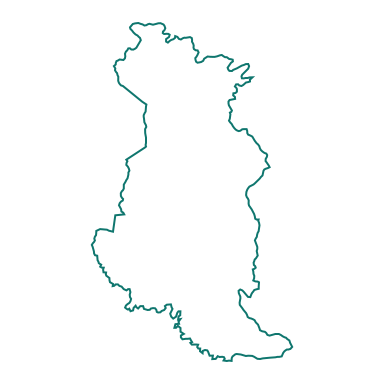 Itarantim, Bahia, Brazil (Mercator projection)
{"feature_id": "56859067B61683071099200", "entity_name": "Itarantim", "entity_type": "district", "adm_level": 2, "iso_a3": "BRA", "parent_name": "Brazil", "parent_adm1": "Bahia", "projection": "mercator", "projection_center": [-40.038, -15.683], "detail": "fine", "context": "isolated", "style": "outline", "palette": "teal", "viewbox_px": 384, "rotation_deg": 0, "n_neighbors": 0, "source": "geoboundaries", "source_scale": "gbopen_adm2", "svg_char_len": 5961}
<svg xmlns="http://www.w3.org/2000/svg" viewBox="0 0 384 384"><path d="M292.2,346.9L290.1,342.8L289.4,340.5L287.2,339.0L286.0,337.7L284.6,337.3L282.7,336.3L280.9,335.0L278.9,334.0L275.3,334.0L269.6,335.6L267.4,334.9L266.2,332.9L264.9,331.8L262.2,331.3L260.0,330.2L259.5,328.4L258.0,324.6L255.8,322.4L254.6,320.2L253.1,319.3L251.2,318.5L249.4,318.1L247.7,317.0L247.0,314.9L246.1,313.1L243.5,310.0L242.3,308.2L239.8,304.9L239.6,302.8L240.0,300.4L240.4,298.3L240.3,296.5L238.8,293.1L238.6,290.8L240.2,289.5L242.3,290.4L243.7,291.8L248.0,296.9L250.3,297.1L251.4,294.2L252.2,292.8L253.3,291.5L254.3,290.0L256.5,289.3L258.7,288.8L258.7,286.4L259.0,282.3L257.7,281.6L255.3,281.4L253.3,280.5L254.1,278.4L254.3,275.9L253.5,273.9L253.3,271.5L252.8,269.4L254.4,268.8L255.7,267.7L255.2,266.2L253.9,265.0L253.6,262.7L254.3,261.0L254.7,259.5L255.9,258.4L257.7,255.6L256.7,251.0L257.3,249.0L257.3,246.9L254.9,240.4L255.7,238.6L256.8,236.9L257.1,234.8L257.7,232.8L258.6,231.3L259.5,225.3L259.0,222.6L258.3,221.0L258.6,219.5L256.7,219.6L255.2,218.7L254.8,216.3L254.1,214.0L251.7,209.4L249.0,205.5L248.6,203.7L248.7,200.4L248.0,198.7L246.8,197.1L246.1,195.1L246.4,191.9L247.2,189.8L248.0,188.4L249.4,186.6L253.5,184.5L254.8,183.4L259.7,178.6L261.0,176.9L262.5,175.5L263.5,170.8L264.3,169.5L265.6,168.8L268.0,168.0L269.6,167.2L268.8,165.6L266.7,162.5L265.6,161.1L265.7,158.9L266.9,156.8L267.2,155.1L266.3,153.6L264.4,152.9L262.3,151.4L260.7,149.8L259.9,148.2L259.3,146.2L258.1,144.5L256.5,143.1L254.7,140.7L252.3,136.6L250.5,135.6L248.1,134.6L247.3,133.1L247.2,130.9L246.6,129.1L244.1,129.1L242.2,129.3L240.4,130.7L238.8,131.1L237.3,130.6L235.7,129.6L234.2,128.0L232.9,126.2L231.7,124.0L230.2,122.4L229.0,120.7L229.8,118.8L230.4,114.3L229.9,112.6L231.3,111.9L231.9,110.5L228.9,105.3L228.5,103.4L228.5,101.5L229.6,100.0L235.1,98.9L234.9,96.9L233.2,95.4L233.4,93.3L235.5,93.0L236.9,91.7L236.9,89.0L236.2,87.7L234.9,86.5L236.1,84.4L238.1,84.3L239.3,85.5L241.5,86.0L243.2,85.0L246.0,82.5L248.2,82.1L250.0,81.5L249.9,79.7L252.5,77.3L249.7,77.4L247.6,78.0L245.5,78.0L243.7,78.4L241.9,78.3L241.5,76.3L242.2,74.7L248.2,68.7L249.1,66.1L248.2,64.0L245.8,64.1L243.8,65.0L241.8,65.6L236.8,68.4L233.2,69.9L232.0,71.0L229.4,70.9L228.3,69.6L227.6,67.7L230.9,62.9L232.9,61.4L232.7,59.7L230.9,59.2L229.2,59.0L226.8,57.2L225.1,57.2L223.7,56.4L221.8,55.0L220.0,55.3L217.2,56.3L214.6,56.9L210.3,56.8L207.6,56.5L204.2,58.7L203.2,60.8L201.2,62.0L199.4,62.4L197.5,62.7L196.1,61.7L195.5,59.8L195.3,58.1L196.4,56.8L197.3,55.3L198.6,52.4L197.6,50.4L195.7,50.3L193.9,49.0L193.5,47.5L193.7,45.6L193.2,43.8L192.0,41.7L192.1,39.9L191.8,38.1L190.0,37.1L185.8,37.8L184.3,37.7L182.7,38.3L180.9,39.5L178.9,38.9L177.4,36.9L175.2,36.1L175.0,37.9L173.4,39.2L171.3,39.9L169.6,41.0L167.9,42.6L166.1,41.6L166.1,39.1L169.0,37.0L169.7,34.8L168.4,33.9L166.5,33.8L164.1,34.0L162.8,33.1L163.0,31.5L164.3,30.4L165.3,28.2L164.5,25.9L163.5,24.5L160.5,23.2L158.3,23.3L155.8,24.0L153.0,24.7L149.4,23.8L147.8,24.3L146.3,25.2L144.4,25.5L142.6,24.4L140.7,23.9L138.3,23.0L135.0,23.4L132.8,24.0L130.0,27.3L130.4,28.9L132.0,30.5L133.5,32.5L135.5,34.4L137.5,35.5L138.7,36.8L140.0,37.9L140.8,40.2L136.4,47.7L135.1,48.7L133.3,49.6L131.3,49.5L129.9,48.3L128.3,48.4L127.2,50.4L125.9,51.6L125.0,53.7L125.3,56.4L124.9,58.4L123.4,60.0L119.6,59.5L117.8,60.6L116.5,61.1L115.8,62.9L115.7,64.5L113.9,66.1L115.3,68.4L115.0,70.2L115.9,71.8L117.1,73.2L117.5,75.1L118.3,76.7L118.2,80.8L118.9,82.8L119.8,84.1L121.0,85.4L122.9,86.0L142.2,101.7L146.4,104.5L146.0,106.6L145.6,111.6L144.6,113.2L143.7,115.2L143.7,116.9L144.0,118.5L144.4,122.3L145.9,125.1L146.3,126.9L145.1,129.1L145.2,133.1L146.0,137.6L146.0,143.0L145.6,145.0L146.0,146.6L144.8,147.6L126.3,159.7L127.4,161.2L126.6,162.8L126.3,164.9L127.9,166.7L128.9,168.7L129.4,170.7L128.4,172.5L128.4,174.6L127.5,178.4L126.3,180.1L125.6,181.6L123.8,184.6L123.8,188.6L122.9,190.3L121.8,191.3L120.8,193.2L120.9,196.0L121.9,197.8L123.1,199.0L122.8,200.5L121.0,201.6L119.7,203.2L119.0,205.3L121.1,209.2L121.4,211.5L123.3,212.7L124.2,214.4L115.3,215.3L113.0,231.7L108.9,230.7L107.0,229.7L100.1,229.1L96.3,230.9L96.2,233.5L96.0,235.2L94.9,236.7L94.3,238.7L94.9,240.4L94.1,241.9L92.8,243.3L91.8,244.9L92.6,246.7L93.9,251.3L94.1,253.5L95.0,255.2L97.2,255.7L97.6,260.3L98.4,261.6L98.8,263.2L101.2,264.7L100.2,266.7L101.7,267.6L103.7,267.7L103.1,269.6L103.5,272.3L106.1,272.5L105.8,274.2L106.3,275.7L109.4,278.0L109.5,280.3L110.0,282.2L113.1,284.0L112.7,286.1L114.2,285.8L115.7,284.4L117.9,284.4L119.4,285.9L121.6,286.6L123.7,289.1L126.5,290.4L128.1,289.1L129.6,289.1L130.4,292.1L129.7,294.8L130.0,297.1L131.1,298.9L130.4,301.3L129.4,302.9L127.4,304.2L125.9,305.6L125.1,307.6L126.7,308.9L128.0,309.6L129.3,308.7L130.5,311.2L133.1,310.4L133.6,307.9L135.6,305.7L136.4,307.2L138.1,308.5L140.3,306.1L143.1,306.1L144.0,308.9L147.7,310.0L149.8,309.8L150.8,308.6L153.0,308.1L155.1,308.3L156.3,309.8L156.8,311.9L158.1,312.5L160.4,312.3L161.6,311.0L164.2,310.0L165.7,308.0L164.9,306.1L166.8,304.7L170.9,304.4L171.6,307.3L172.5,308.9L170.2,313.7L171.2,316.6L173.2,318.6L176.0,316.7L177.4,312.6L178.5,311.3L180.4,311.3L180.2,315.3L178.6,316.4L178.1,319.6L180.4,319.1L178.5,321.8L179.1,323.8L175.4,324.2L174.4,327.8L176.0,327.8L177.9,325.9L180.5,328.0L180.5,331.7L183.8,333.9L180.9,335.5L180.9,337.4L182.5,339.3L185.7,338.8L187.8,338.8L190.0,338.5L191.1,340.6L192.1,342.1L190.4,342.9L191.8,344.6L196.3,344.5L198.1,344.7L197.2,347.0L198.3,348.5L200.2,348.5L200.0,351.2L202.6,353.2L202.8,350.9L205.0,350.0L207.3,350.4L208.1,351.7L209.6,355.7L212.9,355.6L212.3,359.1L215.7,358.9L217.7,356.2L219.5,357.0L222.3,356.8L224.0,357.2L224.7,358.7L223.6,360.5L226.8,361.0L229.0,360.6L231.6,360.9L231.7,358.2L232.5,356.5L235.3,354.3L236.7,354.0L240.8,354.5L245.9,356.0L248.3,355.7L252.2,355.9L254.0,356.7L257.4,358.8L260.1,359.0L262.7,358.4L269.9,357.7L275.3,357.3L277.4,356.9L279.1,356.9L281.7,356.4L283.2,352.9L284.3,351.4L285.5,350.4L286.9,349.5L288.5,349.5L290.4,348.9L292.2,346.9Z" fill="none" stroke="#0f766e" stroke-width="2"/></svg>